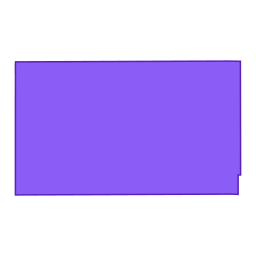 the district of Scotts Bluff, Nebraska, United States of America
{"feature_id": "52423323B66361254084012", "entity_name": "Scotts Bluff", "entity_type": "district", "adm_level": 2, "iso_a3": "USA", "parent_name": "United States of America", "parent_adm1": "Nebraska", "projection": "mercator", "projection_center": [-103.789, 41.851], "detail": "fine", "context": "isolated", "style": "filled", "palette": "violet", "viewbox_px": 256, "rotation_deg": 0, "n_neighbors": 0, "source": "geoboundaries", "source_scale": "gbopen_adm2", "svg_char_len": 327}
<svg xmlns="http://www.w3.org/2000/svg" viewBox="0 0 256 256"><path d="M240.4,61.3L227.9,61.1L15.5,61.9L15.5,63.2L15.4,64.8L15.4,65.0L15.4,73.2L15.5,74.5L15.4,99.9L15.4,103.8L15.4,112.9L15.4,179.4L15.4,194.9L232.0,194.1L238.1,194.4L238.1,175.0L240.6,175.0L240.4,61.3Z" fill="#8b5cf6" stroke="#5b21b6" stroke-width="1.5"/></svg>